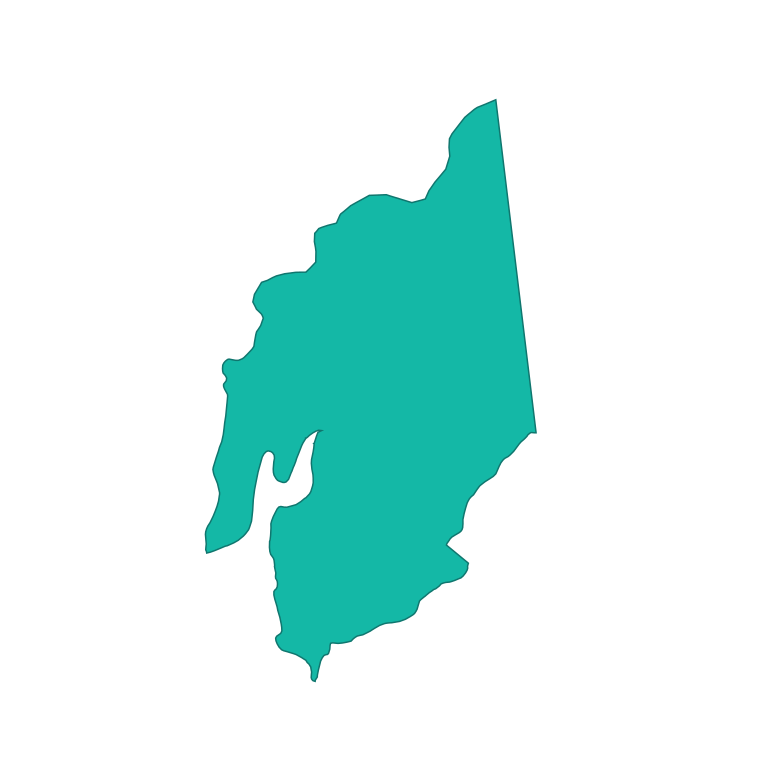 Despinoze, Dennery, Saint Lucia, rotated 17°
{"feature_id": "8701671B1025448555952", "entity_name": "Despinoze", "entity_type": "district", "adm_level": 2, "iso_a3": "LCA", "parent_name": "Saint Lucia", "parent_adm1": "Dennery", "projection": "natural_earth1", "projection_center": [-60.912, 13.95], "detail": "fine", "context": "isolated", "style": "filled", "palette": "teal", "viewbox_px": 768, "rotation_deg": 17, "n_neighbors": 0, "source": "geoboundaries", "source_scale": "gbopen_adm2", "svg_char_len": 5206}
<svg xmlns="http://www.w3.org/2000/svg" viewBox="0 0 768 768"><g transform="rotate(17 384 384)"><path d="M263.9,597.5L267.2,595.5L270.7,592.9L275.8,588.7L279.6,585.5L281.4,584.5L286.8,579.8L290.3,576.1L294.0,570.5L295.4,567.6L297.1,562.9L297.3,560.5L297.4,553.9L296.7,550.1L295.4,543.4L292.8,532.7L291.1,522.7L290.3,515.2L289.3,504.9L289.1,497.8L288.9,489.5L289.7,485.8L291.2,483.0L292.8,481.8L295.9,481.7L297.7,482.4L299.8,484.2L301.0,487.1L301.4,490.7L302.9,497.6L304.1,500.9L305.5,503.3L308.4,506.0L310.3,507.2L311.7,507.5L312.9,507.6L316.1,507.7L317.5,507.3L319.0,506.3L320.6,503.1L320.7,501.8L321.1,496.3L321.4,494.3L321.6,490.2L321.9,488.2L322.2,484.0L322.2,480.6L322.7,474.9L322.9,472.2L323.3,467.0L323.8,463.9L325.0,459.4L324.8,458.7L325.3,458.7L326.4,457.2L327.7,454.9L330.2,451.6L332.8,448.9L335.0,447.3L337.9,446.8L335.0,449.5L334.9,450.6L334.7,453.5L334.6,460.8L334.2,461.5L334.7,461.6L335.5,465.5L336.1,469.7L336.8,477.4L337.7,481.1L340.0,486.6L342.6,491.5L343.8,494.7L345.2,499.2L345.5,502.4L345.5,508.2L344.9,510.9L342.6,515.6L341.5,516.7L338.8,520.9L335.2,525.1L332.1,527.1L327.2,530.2L324.7,530.9L321.2,531.3L319.4,532.4L318.4,534.6L317.7,538.4L316.9,543.1L316.6,547.8L316.7,550.7L318.0,554.6L319.6,561.0L320.0,562.8L320.7,566.7L320.6,567.9L322.2,573.7L323.8,577.5L325.5,580.1L326.7,581.0L328.8,582.6L329.7,583.6L330.6,585.1L332.5,589.5L332.6,590.5L334.3,593.7L335.8,596.3L336.5,599.8L337.2,601.5L338.7,602.8L339.7,604.1L340.6,606.3L341.2,609.2L340.8,611.5L339.8,613.1L339.4,614.7L340.4,618.0L342.5,621.7L344.4,624.5L346.9,628.3L348.6,631.5L352.7,637.7L356.0,643.8L357.4,646.8L358.5,649.9L358.3,652.1L357.7,653.3L356.1,655.3L355.1,656.6L354.7,658.7L355.8,661.2L357.8,663.7L360.6,666.3L363.8,668.1L366.1,668.4L370.3,668.3L376.2,668.3L379.0,668.4L385.2,669.7L388.3,670.6L390.0,671.0L392.0,672.8L394.0,673.7L395.5,675.0L396.8,676.2L397.3,677.4L399.0,680.6L399.5,683.1L400.2,686.0L401.1,687.4L402.1,688.1L402.9,688.5L405.1,688.5L404.9,687.4L405.0,686.9L405.9,683.6L405.7,683.1L405.4,681.7L404.9,676.9L404.4,667.5L405.0,663.8L406.0,661.1L407.6,659.8L408.8,659.3L409.3,658.7L409.7,657.8L409.7,653.5L409.1,650.9L408.8,649.5L408.8,649.0L408.7,647.6L410.5,646.6L411.9,646.3L415.9,645.5L417.6,644.8L420.0,643.8L422.9,642.3L424.2,641.6L425.4,640.9L427.7,639.5L428.7,637.5L429.2,636.5L430.7,634.4L432.3,632.7L433.4,632.1L434.2,631.6L437.1,630.0L440.3,627.0L443.2,624.2L444.0,623.2L446.3,620.5L450.4,616.1L454.5,613.0L455.9,612.2L457.2,611.6L459.1,610.8L461.3,610.0L468.3,606.5L473.3,602.7L476.3,599.5L476.9,598.9L479.2,596.2L480.3,594.5L481.1,591.8L481.3,590.5L481.5,589.7L481.4,585.3L481.4,581.2L482.0,579.9L482.6,578.9L484.4,576.2L485.5,574.7L486.2,573.5L488.3,570.3L489.2,569.2L490.2,568.0L491.7,565.9L493.3,564.7L495.3,561.9L496.0,560.9L496.3,560.2L497.1,558.4L499.2,556.8L501.1,555.7L504.7,554.2L506.1,553.3L509.0,551.2L512.0,548.7L513.6,547.4L514.2,547.0L515.8,544.5L517.3,540.6L517.9,537.7L517.9,535.7L517.2,533.9L517.1,532.7L517.1,530.7L490.8,519.8L490.8,518.1L491.4,516.4L492.0,514.5L492.4,513.0L493.6,510.6L496.1,507.7L497.5,506.2L498.4,505.2L499.6,503.9L500.8,501.9L501.2,500.3L501.2,498.2L500.8,496.6L500.4,494.7L499.1,490.6L498.5,484.4L498.3,478.8L498.3,473.7L498.5,472.1L499.2,468.8L500.4,466.2L502.0,463.8L503.7,458.1L503.9,457.4L505.3,453.5L506.0,452.4L509.0,448.1L511.2,445.5L512.6,443.9L515.5,440.4L517.2,437.2L517.6,434.0L518.2,428.6L518.5,427.2L518.8,425.2L519.9,422.2L520.6,420.8L521.5,419.5L523.9,417.1L525.3,415.0L527.7,410.5L530.8,401.8L532.1,399.0L532.7,398.1L533.9,396.2L534.9,394.4L536.0,392.2L536.3,391.1L536.6,390.2L538.4,387.7L539.2,387.3L541.6,386.8L542.8,386.5L543.7,386.2L407.8,79.5L397.5,88.1L392.4,92.2L390.2,94.8L386.1,101.0L383.3,105.4L380.3,113.2L375.9,124.9L374.9,130.3L377.0,138.7L380.3,146.9L380.3,160.5L376.7,169.1L373.8,175.8L370.5,186.0L369.4,195.0L364.8,198.0L357.6,202.4L349.6,202.4L334.9,202.4L330.9,202.3L327.2,203.6L321.5,205.6L314.8,207.9L309.3,213.6L304.3,218.7L300.1,223.1L295.0,231.0L292.9,234.0L292.5,235.4L291.5,244.0L290.0,245.0L283.9,248.7L278.8,252.3L276.2,254.4L274.7,258.1L273.7,260.1L275.8,268.2L278.6,273.6L280.2,277.2L283.1,287.4L282.2,289.2L279.4,294.8L276.6,299.9L271.2,301.6L266.7,303.1L261.3,305.6L256.8,307.6L249.5,312.1L246.4,314.8L242.2,319.0L237.3,322.5L237.1,323.0L233.9,336.1L234.6,343.9L238.2,347.6L240.2,349.8L246.0,352.7L247.5,354.0L249.3,356.3L249.0,364.2L247.8,368.5L246.9,371.2L246.9,372.0L247.0,374.4L247.9,381.6L248.6,386.1L247.6,389.4L244.4,395.9L242.3,399.8L241.1,401.3L238.1,403.8L236.5,404.4L234.9,404.8L228.5,405.5L227.2,406.3L225.6,408.6L224.7,410.7L224.3,413.1L225.1,416.6L226.0,418.9L227.0,420.6L229.5,422.1L230.4,422.9L231.8,424.3L232.2,427.0L230.7,431.0L230.9,432.1L231.5,433.5L232.9,435.3L237.3,439.6L238.0,441.2L238.7,444.5L239.5,448.3L239.7,449.4L242.0,460.7L243.0,467.7L244.0,473.0L245.1,479.4L245.7,486.7L245.2,492.6L245.3,496.9L245.1,503.0L245.1,513.5L245.4,515.8L246.9,518.8L248.4,521.1L251.6,525.0L253.9,527.9L255.8,531.2L258.5,535.9L259.0,537.5L259.3,539.7L260.0,544.4L260.1,549.8L259.8,554.9L259.3,560.4L258.2,567.4L257.1,571.2L256.7,574.1L256.7,577.4L257.2,580.0L258.6,583.5L260.8,589.0L261.3,591.6L262.0,594.7L263.1,596.0L263.9,597.5Z" fill="#14b8a6" stroke="#0f766e" stroke-width="1.5"/></g></svg>